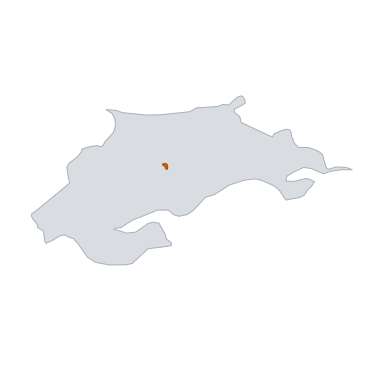 San Isidro, Heredia, Costa Rica shown in context, rotated 295°
{"feature_id": "36466004B23001731443143", "entity_name": "San Isidro", "entity_type": "district", "adm_level": 2, "iso_a3": "CRI", "parent_name": "Costa Rica", "parent_adm1": "Heredia", "projection": "equal_earth", "projection_center": [-84.042, 10.03], "detail": "fine", "context": "in_parent", "style": "filled", "palette": "amber", "viewbox_px": 384, "rotation_deg": 295, "n_neighbors": 0, "source": "geoboundaries", "source_scale": "gbopen_adm2", "svg_char_len": 2710}
<svg xmlns="http://www.w3.org/2000/svg" viewBox="0 0 384 384"><g transform="rotate(295 192 192)"><path d="M300.2,196.5L299.8,198.1L298.7,199.8L297.1,201.5L295.0,202.7L289.8,199.2L284.8,195.2L282.0,197.0L281.0,202.2L279.1,204.8L276.8,205.9L275.8,207.6L275.7,225.1L275.8,241.6L279.7,241.9L286.0,247.7L288.8,251.0L289.6,254.1L288.8,255.7L284.2,259.2L279.7,263.8L277.4,269.5L281.4,278.6L282.2,284.9L282.1,291.4L281.0,294.5L272.2,302.0L270.3,304.6L270.5,306.5L275.4,311.7L277.7,316.7L279.6,322.7L279.9,328.0L275.5,318.3L269.4,309.0L264.0,303.3L263.6,290.0L261.5,282.8L253.5,276.1L246.6,271.4L241.5,272.4L244.7,280.0L252.7,289.9L253.2,293.6L253.1,298.7L247.6,297.9L242.7,295.8L236.8,295.2L232.8,292.2L224.4,280.5L230.4,270.5L232.2,263.9L232.0,250.3L230.7,243.7L224.2,233.7L213.9,222.7L199.5,213.7L192.7,206.4L175.9,200.9L169.5,197.2L164.5,190.4L163.7,185.5L165.5,177.9L160.9,168.4L140.8,149.5L129.6,142.6L127.2,138.5L125.4,137.2L127.1,150.2L132.0,158.1L144.8,165.4L148.3,169.6L149.8,175.2L142.3,185.8L138.5,188.5L137.4,194.3L135.0,196.0L132.4,192.7L122.0,176.1L102.0,168.1L98.3,163.2L90.9,148.0L87.5,134.1L88.7,124.9L97.0,110.5L99.6,104.2L99.1,100.4L99.3,94.7L96.3,90.7L88.7,85.6L83.8,81.4L85.1,79.4L93.9,73.8L94.4,68.8L94.4,67.1L95.8,66.7L97.1,65.4L97.9,64.0L100.3,59.2L102.4,56.5L104.8,56.0L107.7,58.0L118.7,63.2L130.9,69.0L148.4,77.3L155.6,72.0L161.8,68.0L166.2,68.5L175.5,73.2L181.2,74.7L184.6,74.3L190.6,81.1L193.9,86.3L194.4,89.8L196.3,91.6L200.9,92.0L212.4,95.5L219.4,94.8L225.7,91.1L229.2,86.7L230.3,79.7L231.9,83.2L233.8,88.6L234.6,95.6L242.8,119.0L249.4,132.1L263.8,156.0L270.0,160.3L280.6,179.6L284.2,182.7L286.3,188.4L297.2,193.1L300.2,196.5Z" fill="#d9dde1" stroke="#a8b0b8" stroke-width="1"/><path d="M205.3,154.3L205.2,154.6L205.0,154.4L204.9,154.4L204.7,154.2L204.6,154.3L204.5,154.2L204.4,154.2L204.2,154.2L204.2,154.3L204.1,154.5L204.2,154.8L204.2,155.0L204.3,155.1L204.3,155.3L204.3,155.5L204.3,155.8L204.2,155.9L204.3,156.0L204.2,156.1L204.0,156.6L203.7,156.6L203.7,156.8L203.7,157.0L203.6,157.3L203.5,157.5L203.4,157.6L203.2,157.6L202.9,157.7L202.9,157.8L202.7,157.8L202.4,157.9L202.4,158.0L202.4,158.3L202.3,158.5L202.3,158.8L202.4,159.0L202.3,159.3L202.2,159.3L202.2,159.5L202.3,159.5L202.3,159.8L202.6,159.8L202.8,159.7L203.6,159.6L204.0,159.4L204.1,159.2L204.4,159.2L204.5,159.1L204.5,158.9L204.6,158.7L204.8,158.6L205.0,158.6L205.1,158.4L205.3,158.4L205.5,158.2L205.5,158.3L205.8,158.3L205.8,158.2L205.9,157.9L206.0,157.9L206.2,157.7L206.3,157.7L206.4,157.4L206.4,157.2L206.4,156.9L206.4,156.7L206.5,156.6L206.5,156.4L206.4,156.3L206.4,156.2L206.3,155.9L206.2,155.9L206.2,155.6L206.2,155.4L206.1,155.2L205.9,155.0L205.3,154.3Z" fill="#f59e0b" stroke="#b45309" stroke-width="1.5"/></g></svg>